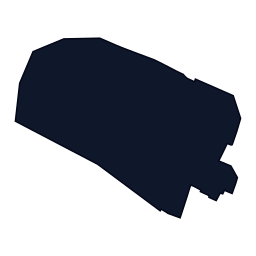 the district of Asunción Ocotlán, Oaxaca, Mexico
{"feature_id": "50627088B10874491578506", "entity_name": "Asunción Ocotlán", "entity_type": "district", "adm_level": 2, "iso_a3": "MEX", "parent_name": "Mexico", "parent_adm1": "Oaxaca", "projection": "mercator", "projection_center": [-96.719, 16.762], "detail": "fine", "context": "isolated", "style": "filled", "palette": "ink", "viewbox_px": 256, "rotation_deg": 0, "n_neighbors": 0, "source": "geoboundaries", "source_scale": "gbopen_adm2", "svg_char_len": 813}
<svg xmlns="http://www.w3.org/2000/svg" viewBox="0 0 256 256"><path d="M240.5,118.1L233.2,95.7L195.4,79.1L194.5,81.8L191.6,80.4L187.4,78.5L185.3,76.8L184.6,76.0L183.1,74.3L181.1,73.4L175.9,70.9L168.1,66.8L162.4,63.9L156.6,61.0L154.1,59.8L134.9,52.6L124.1,48.5L116.4,45.4L99.8,38.2L63.8,38.9L33.1,51.6L19.7,83.2L15.4,121.2L97.6,164.2L160.2,210.8L161.3,209.2L161.8,209.4L163.3,210.4L166.6,212.4L168.0,213.4L180.1,217.8L181.2,214.5L187.1,196.3L188.8,190.7L190.7,185.0L194.1,186.4L200.8,190.0L200.8,190.3L200.4,191.6L209.0,195.6L208.9,197.3L216.2,200.6L220.2,193.0L222.7,193.9L223.2,193.0L224.4,190.3L232.1,193.5L232.3,193.0L235.8,183.1L237.4,177.6L230.9,166.0L218.7,160.9L223.6,151.0L227.2,143.5L231.1,145.0L232.2,144.7L236.9,131.0L240.6,118.4L240.5,118.1Z" fill="#0f172a" stroke="#020617" stroke-width="1.5"/></svg>